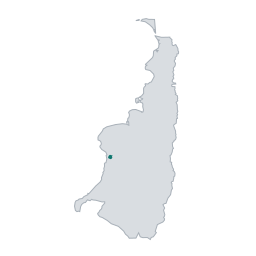 Zárate, Buenos Aires, Argentina (highlighted), rotated 183°
{"feature_id": "61730980B39719981669742", "entity_name": "Zárate", "entity_type": "district", "adm_level": 2, "iso_a3": "ARG", "parent_name": "Argentina", "parent_adm1": "Buenos Aires", "projection": "orthographic", "projection_center": [-59.227, -34.003], "detail": "fine", "context": "in_parent", "style": "filled", "palette": "teal", "viewbox_px": 256, "rotation_deg": 183, "n_neighbors": 0, "source": "geoboundaries", "source_scale": "gbopen_adm2", "svg_char_len": 4145}
<svg xmlns="http://www.w3.org/2000/svg" viewBox="0 0 256 256"><g transform="rotate(183 128 128)"><path d="M153.1,72.5L151.6,75.2L151.9,77.0L150.4,81.3L150.8,82.1L149.6,84.2L150.0,86.3L149.4,88.5L149.7,91.1L149.2,91.9L148.2,92.2L147.5,95.9L148.4,99.5L147.6,100.2L148.9,102.8L153.0,105.1L155.0,107.5L155.1,108.5L154.0,109.9L153.8,111.1L154.4,112.8L155.4,113.8L157.3,114.5L157.5,116.8L157.2,118.3L153.5,123.5L152.6,125.8L149.2,128.1L140.5,130.8L133.8,132.0L129.9,131.8L127.3,130.8L127.6,133.8L128.9,134.6L128.3,134.7L128.8,135.2L128.6,137.7L127.8,138.2L127.3,140.2L127.4,142.0L128.2,143.4L127.5,144.9L124.7,146.5L121.3,146.9L114.9,144.9L115.2,144.5L114.8,144.4L113.8,144.9L113.5,147.0L114.4,150.0L114.4,152.7L114.8,153.6L117.1,154.5L117.0,155.6L117.8,155.6L119.4,155.3L119.5,154.4L118.7,154.1L120.8,153.3L121.7,154.4L121.9,157.2L121.6,157.9L119.9,158.5L119.4,158.4L118.3,156.5L117.5,156.2L115.2,157.3L114.9,158.0L118.5,159.2L116.1,160.8L114.2,163.4L114.5,168.2L114.1,169.5L112.9,170.8L112.7,171.7L113.2,172.2L113.1,173.1L110.4,173.0L108.7,174.6L107.1,175.2L104.5,180.7L105.2,183.2L109.0,186.6L113.3,187.3L113.9,188.5L113.9,190.0L113.4,190.9L112.0,191.8L113.3,191.7L113.9,192.5L107.2,199.6L106.5,201.6L106.5,205.6L106.1,206.4L104.7,207.4L103.6,206.6L102.6,205.2L102.8,206.4L101.5,207.0L103.1,206.9L104.0,207.8L102.0,209.4L101.5,210.8L101.5,212.6L100.8,213.7L101.4,213.5L102.5,216.9L100.9,217.4L103.0,217.7L105.9,221.5L105.8,221.9L105.7,221.5L99.3,220.3L91.0,220.9L91.0,220.4L88.7,218.5L88.9,216.9L88.3,215.6L88.5,214.4L88.0,213.0L87.2,212.6L84.7,213.8L82.4,210.1L82.1,207.9L81.4,206.6L81.6,204.8L83.0,204.5L83.0,202.6L84.6,201.0L84.3,199.2L85.2,198.0L85.3,197.1L83.9,195.0L84.3,192.4L85.9,190.2L85.3,187.8L86.2,186.5L84.9,183.4L85.8,181.9L85.2,181.2L84.9,179.5L85.9,179.0L86.4,177.0L85.0,175.5L82.8,175.3L82.6,174.4L86.3,173.9L86.6,172.5L86.2,171.7L83.3,171.7L83.1,169.9L83.5,168.6L82.8,167.5L82.8,166.4L81.8,164.9L82.5,164.1L80.3,162.7L79.9,160.0L80.2,159.2L79.7,157.8L81.3,156.2L80.1,153.7L79.6,148.6L79.1,147.3L79.9,145.1L79.1,143.8L79.8,142.7L79.1,140.2L80.0,139.8L80.1,135.3L82.3,133.7L82.6,132.7L80.3,127.3L80.2,125.1L79.7,124.2L80.0,122.9L79.4,121.1L79.9,118.9L81.4,117.8L81.4,117.1L83.0,115.4L82.5,111.8L81.5,110.0L82.3,109.3L82.6,106.4L83.6,103.4L84.6,102.7L84.0,99.5L84.1,96.4L82.6,96.0L82.7,93.8L82.2,93.4L81.6,91.1L80.4,89.3L80.3,88.4L80.8,87.7L79.6,87.1L78.7,85.3L78.7,83.6L78.8,82.5L79.9,81.5L79.6,80.7L80.2,77.1L81.4,76.8L82.0,75.5L81.2,74.9L81.2,72.8L80.4,69.9L81.4,68.3L82.0,63.6L84.5,60.0L86.1,54.7L87.6,54.4L89.1,53.2L87.2,50.0L88.2,47.8L86.7,43.4L87.0,41.7L87.8,40.7L86.7,39.1L86.9,37.7L88.3,35.9L93.6,33.1L95.4,26.1L94.2,25.0L97.0,20.7L99.1,19.9L99.9,17.8L102.8,19.6L107.6,19.3L110.1,20.0L111.9,23.9L114.3,18.5L121.0,18.0L122.4,19.9L125.0,21.9L126.9,24.8L132.5,29.3L139.6,31.5L143.9,34.6L149.0,37.3L151.4,37.9L153.4,39.8L153.8,41.2L152.7,42.3L151.8,44.3L150.5,45.5L149.9,46.8L149.9,48.5L147.3,51.8L147.4,53.1L150.0,52.8L156.4,54.2L159.4,54.3L160.4,54.9L162.1,53.4L164.8,54.1L166.6,51.4L168.3,51.0L170.3,49.2L171.2,46.9L171.8,42.0L172.8,42.4L174.6,41.8L176.2,42.9L177.3,47.1L176.9,51.0L176.1,52.6L174.1,53.4L173.1,54.5L170.0,55.2L168.3,57.3L164.5,59.4L164.7,60.6L163.5,60.5L157.1,68.5L153.1,72.5ZM107.2,237.8L105.3,223.8L107.2,226.4L106.4,226.3L106.4,227.7L107.7,227.8L108.6,229.4L111.8,232.2L116.3,235.0L120.5,235.6L119.5,237.2L115.5,238.2L113.1,237.6L107.2,237.8ZM122.2,236.5L123.4,235.9L125.8,235.7L122.7,236.9L122.2,236.5ZM129.6,133.0L129.6,133.6L128.6,132.7L129.6,133.0Z" fill="#d9dde1" stroke="#a8b0b8" stroke-width="1"/><path d="M143.2,99.2L143.6,99.3L144.4,99.5L145.0,99.1L145.1,98.9L144.9,98.9L145.0,98.7L145.1,97.9L145.3,97.9L145.5,97.9L145.8,97.8L145.7,97.8L145.7,97.7L145.5,97.4L145.4,97.3L145.2,97.3L145.1,97.2L144.9,97.1L144.7,97.0L144.4,97.1L144.2,97.1L144.0,96.9L143.9,96.8L143.7,96.9L143.4,96.9L143.4,97.0L143.4,97.3L143.5,97.3L143.6,97.5L143.5,97.8L143.5,97.7L143.4,97.7L143.2,97.7L143.0,97.8L143.1,98.0L143.2,98.3L143.3,98.4L143.2,98.4L143.3,98.4L143.3,98.5L143.5,98.7L143.5,98.8L143.4,98.8L143.5,98.8L143.4,98.8L143.4,99.0L143.2,99.2L143.2,99.2Z" fill="#14b8a6" stroke="#0f766e" stroke-width="1.5"/></g></svg>